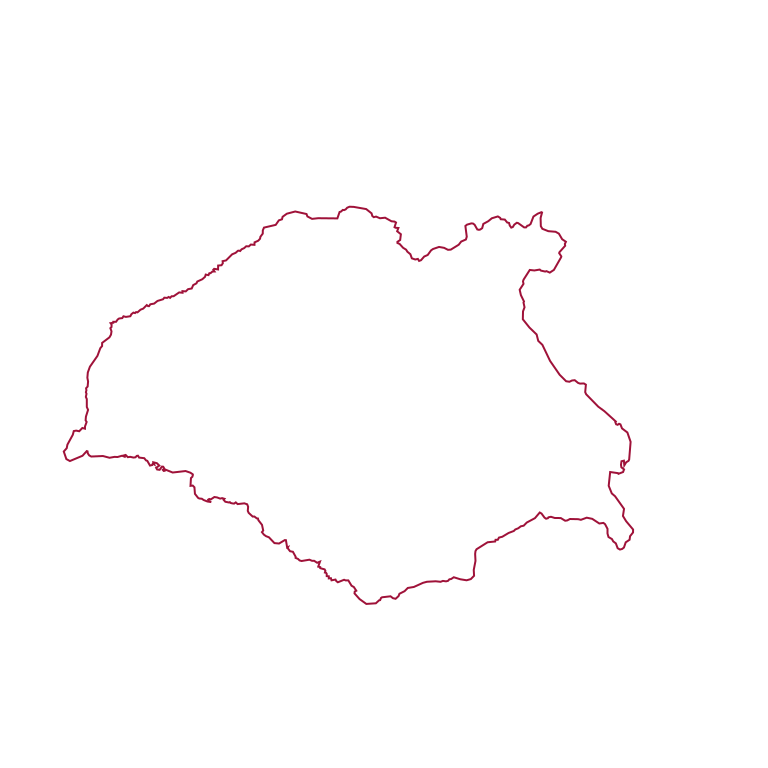 outline of Valea Sarii, Vrancea, Romania, rotated 289°
{"feature_id": "2599482B85092862889515", "entity_name": "Valea Sarii", "entity_type": "district", "adm_level": 2, "iso_a3": "ROU", "parent_name": "Romania", "parent_adm1": "Vrancea", "projection": "mercator", "projection_center": [26.811, 45.87], "detail": "fine", "context": "isolated", "style": "outline", "palette": "rose", "viewbox_px": 768, "rotation_deg": 289, "n_neighbors": 0, "source": "geoboundaries", "source_scale": "gbopen_adm2", "svg_char_len": 6166}
<svg xmlns="http://www.w3.org/2000/svg" viewBox="0 0 768 768"><g transform="rotate(289 384 384)"><path d="M324.7,667.8L327.5,666.9L333.1,657.6L337.0,652.9L344.1,651.6L353.1,639.0L354.7,635.0L360.9,629.6L374.4,626.5L375.9,634.3L375.4,634.9L378.6,638.7L381.4,638.8L382.5,635.6L384.7,634.4L388.3,633.7L389.6,635.8L385.3,637.7L388.9,638.5L390.9,640.2L392.4,640.4L409.6,636.0L417.4,629.9L419.5,623.5L422.8,620.7L422.9,619.2L421.5,618.2L421.5,616.6L423.3,615.1L424.0,615.4L430.1,601.1L432.3,594.0L440.1,578.5L441.8,576.9L449.1,575.1L449.6,572.8L448.2,569.2L448.2,567.2L449.7,563.1L448.5,560.6L446.5,558.6L445.9,555.3L449.9,547.1L459.9,533.5L472.6,521.0L475.0,515.8L480.5,512.2L484.7,503.2L490.4,494.2L497.9,491.8L502.3,491.9L506.4,489.4L507.6,489.5L512.6,484.5L517.3,481.6L524.1,483.3L526.3,482.0L528.1,482.0L539.3,484.7L540.3,489.2L542.9,494.0L542.3,495.5L542.8,499.8L543.6,500.9L543.3,504.5L547.2,507.5L561.5,510.2L562.4,510.1L564.8,507.0L565.8,507.0L573.7,510.3L575.3,509.4L577.7,509.7L578.9,505.3L583.1,500.4L583.8,496.7L582.0,489.6L582.3,483.2L584.3,480.9L592.0,478.0L597.6,477.6L597.7,476.9L595.1,473.9L591.0,470.8L583.0,470.5L581.0,469.2L580.3,468.0L578.3,467.3L577.7,465.5L579.8,458.5L579.7,457.1L577.1,455.3L574.4,454.7L573.3,453.4L574.8,451.3L577.0,449.8L576.8,447.9L578.8,444.7L577.8,440.7L578.9,439.8L579.5,437.1L575.8,432.0L571.9,429.6L567.7,425.8L563.3,426.1L561.4,424.7L560.7,423.6L560.5,421.9L564.1,417.8L564.7,415.9L564.3,414.3L561.7,410.6L559.9,409.5L550.2,414.3L547.3,414.4L543.8,410.6L540.0,409.3L532.8,403.4L531.7,400.8L532.3,396.5L531.5,391.4L527.6,386.4L525.7,385.0L520.2,383.3L517.6,380.5L513.1,378.7L511.8,377.1L513.3,375.3L511.9,373.0L511.9,369.4L515.3,366.7L516.7,363.0L518.2,361.2L519.0,357.7L521.5,353.2L521.7,350.8L522.8,350.4L525.4,352.4L531.1,351.2L532.7,346.7L536.2,346.8L535.5,344.1L535.7,342.9L540.6,342.8L541.0,341.1L540.3,338.1L541.6,330.9L539.4,326.2L539.7,322.0L538.4,320.0L539.1,318.2L541.3,316.7L543.6,310.2L541.6,297.7L540.4,293.7L538.7,291.8L536.6,290.9L535.4,289.6L535.2,288.4L532.9,287.1L532.2,286.0L525.4,286.0L519.3,267.7L516.7,262.2L517.5,257.0L519.5,255.4L518.2,243.9L513.4,236.7L509.1,233.7L506.5,233.9L504.5,231.3L499.2,229.8L492.8,219.6L489.8,219.4L486.7,220.4L483.0,219.2L481.0,219.5L478.5,218.4L475.8,215.5L473.4,216.2L472.5,212.7L470.1,211.4L469.4,208.9L466.9,207.5L465.0,205.5L462.9,204.7L462.9,203.5L462.4,202.5L459.7,201.0L457.2,198.2L449.4,194.4L447.6,191.4L445.7,192.3L443.4,191.7L442.0,188.6L438.3,189.8L437.6,185.9L436.5,185.4L435.2,187.1L434.4,185.1L432.3,183.9L431.9,182.8L429.8,182.6L429.4,179.8L427.1,179.9L423.9,178.1L420.1,174.1L418.1,173.9L415.4,171.4L411.7,171.1L409.9,167.9L407.0,166.4L406.2,163.2L404.7,163.8L403.9,160.5L398.5,156.5L397.8,154.6L395.8,153.7L396.2,152.1L394.8,150.9L394.1,148.2L392.2,147.5L388.8,142.8L385.2,140.5L383.3,137.1L381.1,136.5L380.8,135.6L381.4,134.0L376.9,131.8L375.0,129.6L371.5,127.6L371.3,126.2L370.0,125.5L369.9,123.8L367.7,122.4L365.5,122.1L363.4,118.1L363.2,115.6L361.1,115.1L359.7,112.2L358.3,111.2L355.6,110.4L354.7,107.8L353.8,108.1L352.5,105.7L351.5,107.1L349.1,107.8L347.7,107.1L345.1,109.2L341.8,109.8L338.7,109.2L331.1,104.1L328.1,105.1L325.5,104.1L317.3,103.9L304.6,100.3L298.5,100.2L293.3,101.5L290.0,103.4L285.1,104.6L283.0,103.7L281.1,104.7L279.2,104.8L277.9,105.9L274.7,106.3L273.0,107.9L265.5,110.5L263.2,112.6L256.1,112.8L252.5,113.7L251.3,115.2L246.5,115.1L244.4,115.8L244.2,113.1L240.1,111.2L239.7,108.1L238.5,106.0L234.7,106.3L223.6,104.4L220.0,104.9L215.9,103.2L209.6,108.1L208.9,112.1L218.0,122.3L223.8,124.8L223.8,125.6L222.0,126.5L220.5,128.5L220.1,130.8L224.4,141.7L224.9,148.5L227.4,153.0L228.2,155.8L230.9,159.7L230.8,162.6L231.9,162.5L231.9,161.5L232.8,162.8L231.4,165.6L232.5,167.7L232.9,171.1L233.8,172.9L235.5,173.6L236.1,174.7L234.7,176.4L235.8,181.5L234.3,183.8L234.3,185.2L230.7,189.3L231.9,191.2L233.4,191.3L233.1,193.0L234.9,191.6L235.2,195.0L233.7,198.1L230.6,195.8L229.3,197.3L229.8,199.8L233.6,200.9L233.9,202.2L232.6,203.7L230.8,202.8L230.1,204.0L230.6,205.0L231.9,205.0L231.5,213.0L237.1,224.7L237.1,229.7L236.4,232.5L235.9,232.9L233.9,233.0L232.2,232.1L224.7,234.2L225.7,236.2L224.6,238.4L218.6,241.0L215.8,245.3L215.6,246.6L216.2,249.1L215.6,251.2L215.4,255.2L216.1,259.1L216.2,256.6L217.4,255.4L218.4,256.2L218.5,257.8L221.9,260.4L222.4,263.1L222.3,266.4L223.4,268.1L223.5,270.5L222.3,270.0L221.0,272.3L221.5,276.1L222.1,276.7L221.6,277.7L221.7,279.2L222.1,281.2L223.8,282.4L222.8,284.7L225.7,290.8L225.7,293.8L223.7,295.5L219.7,296.5L218.1,298.0L215.9,303.0L216.5,304.6L215.5,307.5L215.8,308.6L214.3,309.6L211.1,314.5L206.1,317.5L204.2,316.8L202.5,319.4L201.7,322.0L201.6,325.1L197.9,332.2L199.0,336.7L204.1,341.0L204.4,342.1L197.8,345.7L198.5,346.4L197.5,346.3L195.3,349.6L195.7,352.5L191.9,356.7L190.8,357.0L190.6,359.7L189.7,361.6L189.8,363.7L193.6,370.7L193.4,373.4L194.1,375.5L193.2,379.0L195.2,381.3L189.9,381.3L190.1,383.3L189.1,383.7L189.4,388.2L188.3,389.4L186.5,389.5L186.6,390.7L185.9,391.6L183.7,392.4L184.2,394.4L182.2,395.1L183.1,397.0L181.3,398.3L183.3,401.8L182.1,403.1L181.5,404.9L185.9,410.0L185.8,411.7L186.7,414.2L182.7,419.0L182.2,421.6L179.5,425.1L178.2,423.9L176.4,424.3L172.7,430.9L170.3,438.9L174.0,447.7L177.9,449.8L178.4,450.7L180.6,450.8L181.7,451.6L185.4,459.3L184.4,462.2L184.7,464.9L188.2,466.8L190.7,466.9L194.8,470.9L198.9,472.9L201.8,478.3L208.7,485.6L211.0,489.0L214.3,497.1L215.4,501.9L217.0,503.8L217.6,506.9L218.7,508.6L220.6,509.4L221.5,511.0L224.0,512.9L224.2,519.6L225.3,526.0L227.8,529.6L232.0,531.6L237.4,529.4L246.5,528.1L253.0,525.5L255.8,524.9L257.9,525.3L268.1,533.5L271.3,540.4L273.0,540.2L273.7,542.3L276.2,542.7L278.1,545.6L283.7,550.3L287.3,554.6L289.2,555.5L291.3,557.9L294.0,559.7L295.5,562.2L299.5,564.1L306.3,570.4L313.2,573.1L312.8,575.1L309.9,579.3L309.4,581.1L310.5,582.7L311.5,582.9L312.8,585.1L312.9,589.0L314.8,594.8L313.7,599.8L314.6,601.6L316.9,603.8L319.4,611.6L319.7,614.4L323.6,619.2L324.3,624.8L322.2,633.0L324.1,636.7L323.4,638.7L319.8,642.5L315.4,644.0L312.4,646.1L311.6,650.0L309.8,652.0L308.8,655.1L304.8,658.4L304.3,661.0L305.6,662.9L307.5,664.1L313.0,664.1L316.7,666.9L320.2,666.2L324.7,667.8Z" fill="none" stroke="#9f1239" stroke-width="2"/></g></svg>